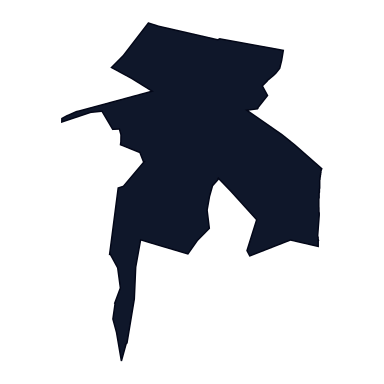 Marondera Urban, Mashonaland East, Zimbabwe (Equal Earth projection)
{"feature_id": "62879985B19801447956475", "entity_name": "Marondera Urban", "entity_type": "district", "adm_level": 2, "iso_a3": "ZWE", "parent_name": "Zimbabwe", "parent_adm1": "Mashonaland East", "projection": "equal_earth", "projection_center": [31.561, -18.213], "detail": "fine", "context": "isolated", "style": "filled", "palette": "ink", "viewbox_px": 384, "rotation_deg": 0, "n_neighbors": 0, "source": "geoboundaries", "source_scale": "gbopen_adm2", "svg_char_len": 1686}
<svg xmlns="http://www.w3.org/2000/svg" viewBox="0 0 384 384"><path d="M76.4,111.6L67.7,115.5L67.4,115.5L61.9,118.5L61.8,122.0L91.1,112.2L91.1,112.3L102.0,111.2L112.7,129.3L119.4,129.0L121.0,134.8L120.9,141.7L120.5,144.7L139.1,152.2L139.8,152.2L143.5,161.7L144.2,161.7L143.5,162.5L123.7,186.0L123.2,186.4L118.2,188.0L109.6,254.4L110.4,254.4L117.7,267.8L120.4,288.0L114.5,303.8L115.2,302.9L112.9,319.0L116.5,332.3L121.4,361.0L125.6,345.7L125.9,344.6L124.8,345.4L127.0,342.9L134.3,299.0L135.7,267.1L140.6,239.8L152.2,243.3L187.9,253.9L197.4,240.4L209.3,228.3L207.1,210.1L209.5,196.4L212.7,185.1L213.1,185.1L218.2,179.3L217.7,177.5L231.0,191.3L256.7,219.7L247.0,250.6L249.8,255.9L290.4,240.0L318.2,246.4L318.2,240.2L318.4,240.2L318.1,238.9L318.1,237.3L317.7,236.1L317.7,235.3L319.2,215.1L319.2,214.3L319.2,213.1L318.9,211.5L318.9,210.7L318.9,209.5L318.9,207.9L318.8,206.7L318.8,205.1L318.8,203.8L318.8,201.8L318.8,200.2L318.8,199.0L319.1,197.8L319.1,196.2L319.1,194.6L319.1,193.4L319.4,192.2L319.4,190.5L319.4,189.3L319.7,188.1L319.7,184.9L319.7,183.7L319.7,180.5L319.7,179.7L320.0,179.3L320.0,177.6L320.3,176.8L320.3,176.4L320.3,176.0L320.3,175.2L320.6,174.8L320.6,173.2L320.9,172.8L320.9,172.0L320.9,171.6L320.9,170.8L321.2,170.4L321.2,170.0L321.2,169.6L321.2,169.2L321.5,169.2L321.5,168.8L322.2,169.1L294.9,145.1L282.1,134.8L246.7,110.2L257.4,108.8L257.7,108.4L257.4,108.3L267.5,95.5L262.3,85.9L267.1,81.1L267.0,80.8L273.5,75.4L275.8,73.2L279.7,68.3L281.6,60.6L283.3,50.4L249.8,44.3L237.8,42.1L220.6,39.0L219.8,38.8L217.7,39.8L158.4,26.2L148.4,23.0L123.4,55.5L111.5,67.5L131.5,78.3L150.8,90.3L152.2,91.2L79.5,110.9L76.4,111.6Z" fill="#0f172a" stroke="#020617" stroke-width="1.5"/></svg>